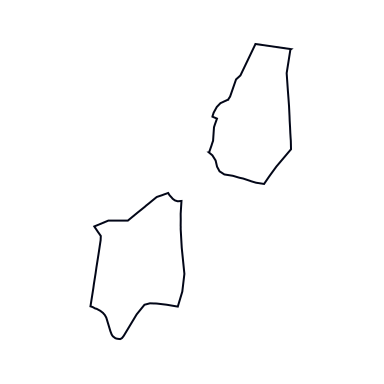 outline of As Sawadiyah, Al Bayda', Yemen, rotated 189°
{"feature_id": "15242507B42548243953389", "entity_name": "As Sawadiyah", "entity_type": "district", "adm_level": 2, "iso_a3": "YEM", "parent_name": "Yemen", "parent_adm1": "Al Bayda'", "projection": "natural_earth1", "projection_center": [45.343, 14.413], "detail": "fine", "context": "isolated", "style": "outline", "palette": "ink", "viewbox_px": 384, "rotation_deg": 189, "n_neighbors": 0, "source": "geoboundaries", "source_scale": "gbopen_adm2", "svg_char_len": 1939}
<svg xmlns="http://www.w3.org/2000/svg" viewBox="0 0 384 384"><g transform="rotate(189 192 192)"><path d="M215.4,187.3L219.8,184.9L220.8,184.3L225.8,181.7L226.2,181.4L230.3,176.8L232.5,174.3L234.6,172.0L235.1,171.5L235.7,170.7L235.8,170.6L236.2,170.1L238.1,168.0L242.2,163.5L249.4,155.4L250.6,154.0L250.9,153.7L270.1,150.7L283.1,142.7L282.4,141.9L279.6,138.9L278.7,137.9L277.4,136.6L275.3,134.4L275.2,134.3L274.7,130.1L274.7,129.4L274.6,115.8L274.6,115.7L274.6,103.7L274.6,103.1L274.6,102.7L274.5,96.4L274.5,85.7L274.4,81.6L274.4,78.1L274.4,76.6L274.4,74.6L274.4,70.8L274.4,63.2L273.7,63.1L272.1,62.8L270.7,62.3L269.4,61.8L267.9,61.7L264.0,60.3L260.9,58.6L260.6,58.3L258.9,56.9L257.0,54.5L253.7,47.7L250.8,41.7L249.0,38.6L247.6,37.1L244.8,35.6L243.4,35.4L241.7,35.4L239.9,35.5L239.1,36.1L238.2,36.9L236.9,39.3L227.5,62.5L222.0,72.0L221.3,73.2L216.1,75.5L213.4,75.8L209.6,76.3L199.6,76.7L198.7,76.7L190.1,76.6L188.1,76.6L186.0,92.1L186.7,109.9L193.4,135.3L194.8,141.7L197.4,153.7L197.7,155.9L197.9,156.7L198.8,162.9L199.5,167.0L199.8,168.8L200.4,175.2L200.6,177.3L201.0,181.5L204.6,180.6L207.5,181.0L209.5,182.0L210.2,182.4L210.7,182.9L211.3,183.4L213.7,185.3L215.4,187.3ZM152.5,348.1L152.6,347.6L162.4,314.7L166.1,310.1L169.3,292.2L170.7,289.1L170.7,288.9L170.8,288.9L177.8,284.2L180.8,279.9L183.0,273.8L183.6,270.1L183.6,269.6L178.8,268.4L180.0,262.0L180.4,259.4L179.8,252.6L179.2,245.9L179.8,242.5L180.0,241.0L181.3,233.9L181.6,233.8L177.6,231.4L173.6,226.8L171.2,220.9L168.0,216.7L165.9,215.8L162.8,214.4L162.3,214.4L157.1,214.4L154.4,214.4L153.4,214.3L149.0,213.7L147.3,213.5L143.6,213.3L135.8,212.0L135.5,211.9L130.3,211.2L122.1,211.2L118.4,219.0L117.4,221.0L117.1,221.6L112.6,230.4L100.9,249.7L102.4,258.0L103.1,261.0L104.1,265.5L105.2,270.9L106.7,277.8L107.5,281.9L109.5,291.5L109.6,292.0L111.4,299.7L113.3,307.7L117.1,324.2L117.1,334.2L117.1,348.0L116.5,348.6L152.5,348.1Z" fill="none" stroke="#020617" stroke-width="2"/></g></svg>